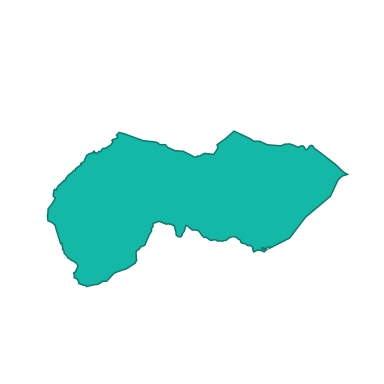 outline of Tominian, Ségou, Mali, rotated 61°
{"feature_id": "8926073B14979931376640", "entity_name": "Tominian", "entity_type": "district", "adm_level": 2, "iso_a3": "MLI", "parent_name": "Mali", "parent_adm1": "Ségou", "projection": "robinson", "projection_center": [-4.333, 13.322], "detail": "fine", "context": "isolated", "style": "filled", "palette": "teal", "viewbox_px": 384, "rotation_deg": 61, "n_neighbors": 0, "source": "geoboundaries", "source_scale": "gbopen_adm2", "svg_char_len": 4417}
<svg xmlns="http://www.w3.org/2000/svg" viewBox="0 0 384 384"><g transform="rotate(61 192 192)"><path d="M252.0,47.4L247.9,49.9L236.8,53.4L216.3,62.3L213.8,63.7L210.2,64.0L209.0,65.1L208.8,66.7L209.5,68.0L210.6,70.6L210.3,71.8L208.9,72.1L206.7,72.1L205.4,72.7L204.5,74.5L204.5,75.9L204.3,77.5L200.0,80.7L197.3,83.3L195.1,87.8L194.8,91.7L187.4,103.0L180.4,108.3L177.4,113.5L173.7,115.2L171.5,116.8L159.1,125.7L161.6,136.7L162.8,147.2L165.7,147.8L167.3,150.1L169.7,154.8L164.4,162.1L164.1,165.2L164.4,167.9L163.2,169.6L163.5,172.2L152.1,180.0L147.7,186.8L141.0,191.8L137.7,192.4L134.9,197.2L131.5,198.6L123.5,209.6L122.8,210.4L107.6,223.6L104.4,227.2L104.9,228.0L105.6,230.5L108.0,230.4L108.6,232.0L107.7,236.0L107.9,236.6L108.1,237.1L109.9,236.9L111.5,240.2L111.8,246.6L111.0,248.2L110.7,248.8L110.9,249.6L111.5,250.7L112.2,251.9L112.2,253.0L111.3,253.7L112.3,256.3L110.4,257.5L110.6,258.5L108.8,257.9L109.4,260.6L108.8,262.8L108.8,266.1L111.4,269.8L112.9,271.2L113.2,275.7L114.4,275.5L114.6,277.6L115.2,282.5L116.3,283.7L115.9,284.7L116.2,285.6L117.3,290.0L117.2,291.8L118.5,294.3L119.3,296.3L120.1,296.9L120.5,297.6L119.9,298.4L120.6,300.4L121.1,303.1L121.7,303.8L121.5,305.5L123.3,308.5L124.1,308.7L124.6,309.8L123.1,310.6L123.4,311.6L125.5,313.4L126.8,314.5L128.2,315.2L129.3,315.2L131.1,314.4L134.5,320.2L137.0,326.0L141.2,328.7L142.5,329.8L144.9,331.0L147.4,331.9L150.4,329.4L154.4,327.8L161.0,329.4L173.5,331.9L173.4,331.3L173.5,330.9L173.8,330.6L174.6,330.6L175.2,331.3L175.8,331.6L176.8,331.9L177.6,331.9L178.4,332.1L178.7,332.5L179.3,333.1L180.0,333.1L180.7,332.6L181.1,332.5L182.1,332.7L182.8,333.3L183.4,333.5L184.6,333.2L186.1,332.8L188.7,332.4L189.4,332.5L190.6,331.7L193.4,330.5L194.5,329.7L195.2,329.2L197.4,328.0L200.9,327.2L201.3,327.5L202.1,328.7L203.8,330.7L205.1,332.1L205.5,332.5L205.2,333.6L205.4,334.7L205.9,334.9L207.3,335.2L208.5,335.7L209.3,336.3L209.9,336.6L210.7,336.0L211.5,335.2L211.9,335.0L212.5,334.6L214.1,334.5L215.1,334.7L215.6,334.7L216.0,334.7L216.7,335.0L217.1,335.5L217.9,334.7L218.8,334.1L219.3,333.2L220.0,332.7L221.0,332.4L221.3,331.7L221.6,330.9L221.7,330.7L222.5,330.2L223.0,330.2L223.5,330.2L223.7,329.7L223.9,329.0L224.1,328.0L224.5,326.3L224.8,325.6L225.7,322.6L226.5,320.5L226.9,319.6L227.1,318.9L227.0,313.6L226.9,312.5L227.7,311.8L228.3,310.9L228.6,309.6L225.5,300.5L225.2,299.4L225.5,297.3L225.7,295.4L227.1,287.8L227.4,287.1L227.0,280.3L226.7,277.0L226.6,276.1L225.5,274.6L225.0,273.5L222.7,272.7L217.5,270.1L217.4,270.1L217.1,269.7L217.0,269.4L216.4,267.7L216.5,266.0L215.7,264.7L215.6,264.3L215.2,263.1L215.3,261.6L215.7,259.6L215.4,258.7L212.8,255.5L209.6,251.3L208.5,249.9L207.7,248.4L206.9,246.9L206.3,246.1L205.2,245.6L204.4,245.3L204.0,244.6L203.9,244.2L203.6,243.4L203.0,242.6L202.0,242.2L201.0,241.6L200.8,240.5L201.1,238.4L201.3,236.8L201.7,235.3L202.5,234.2L203.5,233.5L204.4,232.5L205.7,232.0L206.5,230.9L207.6,230.2L208.0,229.3L208.2,228.3L208.2,228.0L209.4,227.1L209.5,227.1L209.8,226.1L210.5,225.4L211.5,225.2L212.2,224.5L213.0,223.8L215.0,224.4L217.5,225.1L219.7,225.6L220.0,225.7L220.9,226.3L221.8,226.6L223.0,226.3L224.2,225.8L225.2,224.7L225.8,223.2L225.1,221.8L224.0,220.8L222.4,217.7L220.8,216.0L219.3,214.8L218.8,214.0L218.7,213.9L218.3,213.5L218.6,213.0L219.7,212.3L221.3,211.7L222.0,211.5L224.9,210.4L225.6,210.0L226.6,207.9L227.7,206.4L227.9,206.1L229.1,205.2L231.4,204.6L234.5,204.4L236.4,203.9L237.3,203.6L237.7,203.2L238.3,202.0L239.1,201.2L240.8,200.4L241.3,200.2L242.9,199.5L243.7,198.7L244.2,197.0L244.5,195.8L245.5,194.3L246.3,193.9L247.7,193.0L248.0,191.7L249.1,190.1L249.9,188.8L250.0,187.7L250.4,186.6L250.8,185.2L250.5,183.9L250.2,182.2L250.4,179.7L250.8,177.9L251.8,176.4L252.7,175.6L253.3,175.0L254.7,174.5L255.8,174.4L256.7,173.5L257.7,173.3L259.0,173.3L259.8,173.7L260.8,173.2L262.4,171.5L263.5,170.2L265.4,169.5L266.5,168.3L267.0,167.5L267.9,166.3L268.9,165.9L270.8,166.1L271.5,166.6L272.9,166.9L273.9,167.1L274.4,167.0L274.5,166.1L274.4,163.4L274.9,162.2L276.0,160.6L276.6,159.9L277.8,159.1L278.3,158.7L278.5,158.6L278.9,158.3L279.3,157.8L279.0,156.4L278.9,156.2L278.6,154.9L278.4,154.6L278.0,154.9L277.5,155.7L276.8,156.9L276.3,157.9L275.8,158.3L275.3,158.3L274.9,157.7L274.8,157.1L275.6,156.4L276.6,155.6L277.1,154.8L277.3,154.1L277.0,152.4L277.3,151.3L277.8,150.8L278.3,150.5L278.8,151.4L279.6,128.8L269.1,105.1L262.8,72.9L252.3,58.6L250.8,53.1L252.0,47.4Z" fill="#14b8a6" stroke="#0f766e" stroke-width="1.5"/></g></svg>